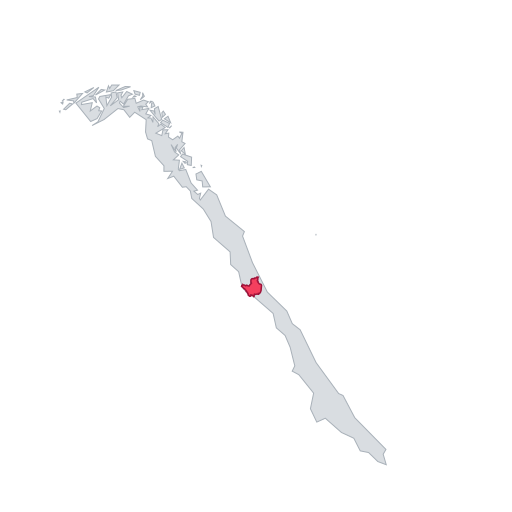 Región Metropolitana de Santiago on a map of Chile (Equal Earth projection), rotated 140°
{"feature_id": "CHL-2698", "entity_name": "Región Metropolitana de Santiago", "entity_type": "Region", "adm_level": 1, "iso_a3": "CHL", "parent_name": "Chile", "parent_adm1": "", "projection": "equal_earth", "projection_center": [-70.53, -33.621], "detail": "fine", "context": "in_parent", "style": "filled", "palette": "rose", "viewbox_px": 512, "rotation_deg": 140, "n_neighbors": 0, "source": "natural_earth", "source_scale": "10m", "svg_char_len": 5719}
<svg xmlns="http://www.w3.org/2000/svg" viewBox="0 0 512 512"><g transform="rotate(140 256 256)"><path d="M280.8,24.3L286.0,22.4L290.4,12.4L294.8,20.2L296.1,33.1L301.4,39.7L298.2,53.5L304.0,65.9L307.2,87.2L316.2,89.7L312.5,104.0L300.0,113.9L299.5,137.6L302.3,144.5L296.9,146.9L288.5,164.1L284.8,176.4L286.6,187.9L279.8,201.0L284.1,228.2L286.7,229.3L286.4,241.7L279.4,255.1L280.9,265.7L273.2,275.8L276.6,297.5L268.3,311.3L266.2,325.8L268.2,341.4L264.5,348.0L264.9,353.9L268.2,356.0L267.7,370.0L273.8,372.1L265.5,374.6L272.1,380.1L268.5,384.3L269.0,397.0L261.7,411.4L263.8,415.4L260.9,422.0L252.5,431.0L256.5,444.1L263.6,443.4L263.2,453.0L267.0,457.7L284.7,458.2L297.7,461.3L290.9,460.4L277.4,466.5L275.7,477.5L273.1,478.6L263.4,472.9L267.4,471.6L268.8,474.3L273.6,467.0L264.5,470.5L262.2,474.0L257.8,471.7L260.6,466.5L271.1,464.7L260.7,464.0L257.2,469.9L252.6,467.3L256.1,465.9L257.1,463.5L249.3,465.1L246.7,459.4L250.8,460.7L259.8,457.5L260.6,462.0L262.3,460.9L262.0,454.8L256.5,452.0L261.5,455.9L253.5,458.5L247.5,454.6L249.6,450.0L241.9,447.7L239.3,443.4L242.9,443.2L243.2,439.8L247.8,444.9L250.7,446.3L252.0,441.3L249.2,445.1L247.2,442.6L249.4,441.5L243.2,437.9L249.1,435.7L246.1,431.2L250.1,431.3L247.8,429.2L249.1,424.6L245.4,428.9L245.4,419.7L248.3,418.3L244.1,418.2L243.0,412.8L253.8,414.5L250.8,408.8L246.2,412.4L242.3,409.3L247.0,408.0L243.8,406.2L246.6,403.3L245.1,398.6L238.8,398.1L238.9,395.4L233.9,397.6L235.0,400.3L232.4,397.7L239.4,391.2L238.0,387.8L246.3,386.5L248.1,382.2L247.6,390.0L244.3,391.9L248.1,391.1L250.2,387.1L249.4,396.0L251.5,388.1L250.2,383.1L257.5,382.8L253.1,378.6L259.7,372.5L259.9,370.6L254.2,367.4L258.8,353.6L258.5,344.0L261.9,345.6L261.1,340.6L258.0,339.7L262.3,336.5L262.7,334.7L249.4,337.7L246.8,328.1L253.8,306.2L249.2,282.2L253.5,279.9L263.0,253.1L270.5,221.1L267.8,194.0L271.7,180.8L269.6,171.1L278.5,135.7L281.1,97.5L279.0,93.2L284.3,68.6L280.8,24.3ZM296.2,465.3L295.7,488.9L267.9,486.3L277.4,483.4L281.5,485.5L276.8,481.0L279.7,475.8L279.6,481.3L290.6,485.8L292.4,484.2L282.9,478.7L289.8,473.6L281.4,473.1L280.4,470.0L283.1,468.4L281.0,466.3L289.4,463.4L296.2,465.3ZM249.3,357.4L243.5,356.0L246.5,338.3L252.4,343.2L249.0,348.1L252.4,352.4L249.3,357.4ZM243.6,421.7L243.5,435.8L240.9,432.6L242.2,429.2L239.2,434.1L234.9,433.4L240.4,421.3L243.6,421.7ZM284.4,492.0L297.3,490.1L296.0,492.1L300.7,497.2L291.1,492.3L289.2,495.2L284.4,492.0ZM249.9,370.1L247.5,372.5L249.9,380.6L246.7,381.3L241.8,373.1L247.4,367.0L249.9,370.1ZM259.0,474.3L265.2,477.8L259.6,481.2L260.4,478.4L256.6,479.7L251.0,475.0L259.0,474.3ZM265.2,480.4L275.6,482.5L267.5,483.1L265.2,480.4ZM309.0,492.1L300.6,492.8L298.7,490.3L307.7,490.3L309.0,492.1ZM243.3,419.6L240.1,420.0L237.0,413.1L240.8,411.1L243.3,419.6ZM238.0,420.0L233.6,419.6L235.7,413.0L238.0,420.0ZM258.8,371.5L253.1,374.7L254.3,369.6L258.8,371.5ZM242.0,454.0L244.6,457.7L243.3,461.2L239.5,455.8L242.0,454.0ZM243.3,466.3L252.6,469.8L257.1,472.9L247.2,469.9L243.3,466.3ZM245.6,384.7L241.4,385.3L244.7,379.4L245.6,384.7ZM271.9,489.3L280.6,489.5L281.6,491.7L271.9,489.3ZM238.5,422.5L236.1,426.2L233.9,426.6L234.3,422.7L238.5,422.5ZM241.0,437.0L237.8,440.0L236.0,439.6L237.0,435.9L241.0,437.0ZM244.2,450.1L239.9,451.4L237.9,454.0L238.9,450.1L244.2,450.1ZM237.5,442.5L236.2,441.2L239.0,441.5L237.5,442.5ZM250.9,375.2L249.2,373.2L249.5,372.1L250.8,372.7L250.9,375.2ZM248.1,456.7L246.3,457.0L245.0,455.1L248.1,456.7ZM239.9,410.0L236.8,410.0L239.8,409.6L239.9,410.0ZM306.4,496.7L306.8,498.7L304.8,497.9L306.4,496.7ZM246.0,363.2L247.7,364.4L246.0,363.8L246.0,363.2ZM305.2,499.2L302.5,499.6L302.3,499.3L305.2,499.2ZM313.8,492.2L313.5,493.4L312.8,493.0L313.8,492.2ZM196.9,233.2L195.8,234.4L196.9,233.2ZM240.3,359.7L239.7,360.8L239.4,360.1L240.3,359.7Z" fill="#d9dde1" stroke="#a8b0b8" stroke-width="1"/><path d="M283.9,226.3L284.0,226.5L284.0,226.8L283.8,227.6L283.9,227.8L283.9,228.1L284.1,228.2L284.4,228.6L284.5,228.7L284.8,229.5L285.1,229.5L285.5,228.8L285.9,228.7L286.2,228.9L286.6,229.1L286.8,229.4L286.9,230.1L287.0,230.6L287.1,230.9L287.0,231.1L286.7,231.4L286.6,231.6L286.6,231.8L286.5,232.5L286.4,232.7L286.2,232.7L286.2,232.8L286.1,233.1L286.2,233.3L286.0,234.1L286.0,234.3L286.0,234.5L286.3,235.0L286.2,235.3L285.8,235.6L285.8,235.8L285.8,236.0L285.9,237.1L285.9,237.3L285.8,237.8L285.8,238.2L286.1,238.2L286.3,238.6L286.3,239.2L286.3,240.2L286.2,240.4L286.2,240.5L286.2,240.8L286.3,241.0L286.5,241.5L286.6,241.8L286.6,242.0L285.9,242.3L285.8,242.5L285.4,242.4L285.2,242.3L284.5,242.4L284.4,242.5L284.3,242.0L284.2,241.7L283.5,241.1L283.4,240.8L283.3,240.6L283.3,240.3L283.2,240.0L283.0,239.8L282.9,239.7L282.7,239.7L282.3,239.7L282.1,239.7L281.8,239.6L281.7,239.3L281.6,239.1L281.5,238.7L281.3,238.3L281.0,237.9L280.8,237.7L280.6,237.5L280.4,237.4L279.1,237.9L278.8,237.9L278.2,237.9L277.8,238.0L277.7,238.1L277.4,238.2L277.1,238.2L276.9,238.2L276.9,238.3L276.9,238.8L276.9,239.0L276.7,239.4L276.1,239.9L275.9,240.1L275.5,240.7L275.4,240.9L275.1,241.0L274.4,241.2L274.1,241.2L273.7,241.2L273.2,240.9L272.1,239.9L271.9,239.8L271.7,239.9L271.6,240.0L271.4,240.1L270.4,239.4L269.8,239.1L269.6,239.1L269.1,239.2L268.8,239.3L268.4,238.8L268.0,238.6L267.9,238.4L269.1,237.6L269.3,237.4L269.9,236.6L270.1,236.5L270.3,236.4L270.8,236.3L270.9,236.2L271.0,236.1L271.0,235.9L270.9,235.5L270.8,235.2L271.0,234.9L271.1,234.7L271.4,234.5L271.4,234.2L271.4,233.9L271.4,233.2L271.4,232.4L270.5,231.3L270.4,230.7L270.6,230.0L274.3,226.3L274.5,226.2L275.3,225.7L275.5,225.6L275.8,225.4L276.1,225.3L277.0,225.1L277.6,225.0L278.0,225.6L278.2,225.8L278.5,225.5L278.8,225.2L280.1,226.5L280.3,226.6L280.9,226.7L281.1,227.0L281.5,227.4L281.7,227.8L281.9,227.8L282.5,227.2L283.4,226.3L283.9,226.3L283.9,226.3Z" fill="#f43f5e" stroke="#9f1239" stroke-width="1.5"/></g></svg>